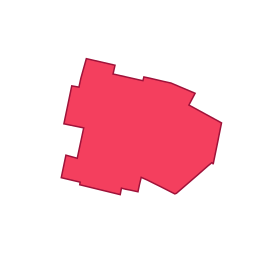 outline of Carmen de Areco, Buenos Aires, Argentina, rotated 59°
{"feature_id": "61730980B54882612512948", "entity_name": "Carmen de Areco", "entity_type": "district", "adm_level": 2, "iso_a3": "ARG", "parent_name": "Argentina", "parent_adm1": "Buenos Aires", "projection": "robinson", "projection_center": [-59.843, -34.419], "detail": "fine", "context": "isolated", "style": "filled", "palette": "rose", "viewbox_px": 256, "rotation_deg": 59, "n_neighbors": 0, "source": "geoboundaries", "source_scale": "gbopen_adm2", "svg_char_len": 735}
<svg xmlns="http://www.w3.org/2000/svg" viewBox="0 0 256 256"><g transform="rotate(59 128 128)"><path d="M171.8,45.2L139.7,64.0L132.8,52.6L111.6,68.0L106.5,73.4L96.2,84.0L92.4,88.1L95.1,90.8L93.6,92.5L74.0,113.0L67.5,106.8L47.1,128.0L61.0,142.7L67.7,149.0L62.9,154.5L70.4,161.4L91.4,180.8L96.2,175.6L105.1,165.9L127.8,187.1L119.3,195.2L136.2,210.8L149.8,196.9L151.8,198.6L181.1,169.0L176.2,164.6L179.4,161.4L182.5,157.9L187.8,152.3L182.4,147.3L177.1,142.1L182.5,138.3L189.1,134.1L195.0,130.3L206.2,123.3L208.6,121.8L208.9,120.1L204.1,92.5L201.7,79.4L200.9,74.0L201.1,73.9L201.3,73.8L201.7,73.6L202.0,73.5L202.3,73.6L202.5,73.5L202.5,73.3L184.0,56.3L182.3,54.8L171.8,45.2Z" fill="#f43f5e" stroke="#9f1239" stroke-width="1.5"/></g></svg>